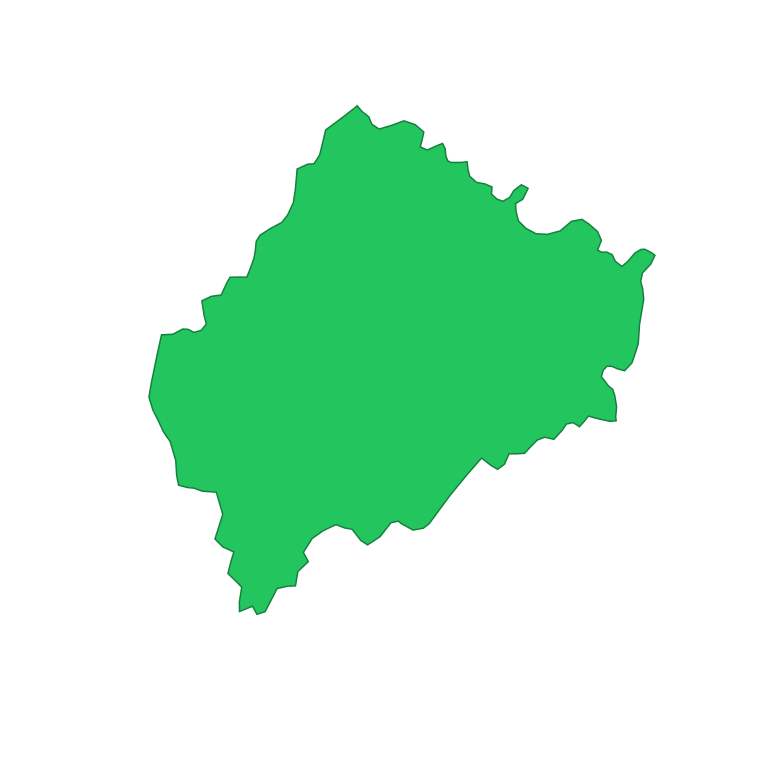 outline of Ashmyany, Grodno, Belarus, rotated 308°
{"feature_id": "67162791B18933715013959", "entity_name": "Ashmyany", "entity_type": "district", "adm_level": 2, "iso_a3": "BLR", "parent_name": "Belarus", "parent_adm1": "Grodno", "projection": "robinson", "projection_center": [25.945, 54.359], "detail": "fine", "context": "isolated", "style": "filled", "palette": "green", "viewbox_px": 768, "rotation_deg": 308, "n_neighbors": 0, "source": "geoboundaries", "source_scale": "gbopen_adm2", "svg_char_len": 2367}
<svg xmlns="http://www.w3.org/2000/svg" viewBox="0 0 768 768"><g transform="rotate(308 384 384)"><path d="M285.8,178.4L268.7,186.6L241.8,199.9L229.0,206.8L221.2,217.9L216.2,228.6L210.5,239.7L207.0,250.9L195.6,266.9L184.2,277.0L177.8,284.4L181.4,292.9L184.9,298.3L187.7,306.8L195.5,318.5L182.0,337.2L167.8,342.5L157.8,346.2L156.4,357.4L159.2,369.1L150.7,372.3L138.6,377.7L137.2,390.5L136.4,396.9L122.9,404.4L115.8,410.2L127.9,417.2L124.3,425.7L131.4,430.5L157.0,425.7L165.5,432.7L170.4,438.5L183.2,431.6L197.4,433.7L201.7,424.1L218.0,422.5L230.8,426.3L243.6,432.7L246.4,441.8L249.9,448.2L246.4,462.1L247.1,470.1L261.3,474.9L279.0,474.9L284.7,479.7L284.7,484.0L286.8,496.8L294.6,503.8L301.8,505.6L336.8,504.6L364.6,505.3L385.7,506.5L385.7,518.2L386.7,526.0L394.9,528.3L406.0,525.5L410.6,531.5L415.9,537.4L427.1,538.4L434.4,539.4L441.0,543.4L445.0,551.9L456.8,552.9L464.8,552.4L470.0,556.8L470.7,564.3L478.0,564.8L484.6,564.8L486.6,569.8L489.2,575.8L493.8,585.2L498.0,589.6L500.7,586.8L509.2,581.4L517.0,572.9L520.6,567.5L520.6,562.2L522.7,554.6L523.4,550.9L529.8,548.2L535.5,548.8L538.3,553.0L539.8,558.9L542.6,565.4L553.3,566.4L565.3,562.2L572.4,559.5L588.1,548.8L610.8,536.4L618.6,528.9L622.9,523.1L630.7,519.3L642.7,520.4L652.2,518.3L652.2,514.1L650.8,506.6L648.2,503.6L641.6,501.1L630.4,500.6L623.1,499.1L623.1,490.7L626.4,484.2L625.1,478.3L621.8,474.3L621.1,469.8L631.0,466.9L635.6,458.4L636.2,447.0L635.6,438.6L627.6,431.6L613.1,428.6L602.6,420.7L596.0,411.3L594.0,399.9L595.3,389.5L601.2,382.0L607.1,376.6L615.0,379.6L626.9,377.1L625.6,369.6L616.3,367.2L608.4,368.2L601.2,365.2L599.2,359.2L599.8,351.8L605.8,347.8L603.8,340.4L599.8,332.5L600.5,323.6L605.1,317.7L610.3,312.7L606.4,308.7L599.8,300.3L599.1,296.9L601.7,292.4L607.0,287.5L609.6,282.0L603.7,278.6L595.1,274.1L593.1,266.7L599.7,263.8L607.0,260.3L607.6,248.9L603.6,237.6L592.4,230.7L581.9,223.2L581.2,214.4L585.2,207.5L585.2,199.1L586.7,191.5L586.3,191.6L567.8,187.0L548.3,181.6L534.9,187.8L524.6,192.4L514.4,193.2L510.2,188.5L499.9,183.2L483.5,193.9L471.2,200.9L457.8,204.0L448.5,204.0L436.2,198.6L424.9,194.7L417.7,195.5L410.5,200.1L403.3,204.0L391.9,207.8L383.7,210.1L379.6,204.7L373.4,197.0L367.3,197.8L353.9,200.9L346.7,193.9L337.4,189.3L327.2,200.1L322.0,207.0L313.8,207.0L307.6,202.4L306.6,196.3L303.5,191.6L293.2,187.0L285.8,178.4Z" fill="#22c55e" stroke="#15803d" stroke-width="1.5"/></g></svg>